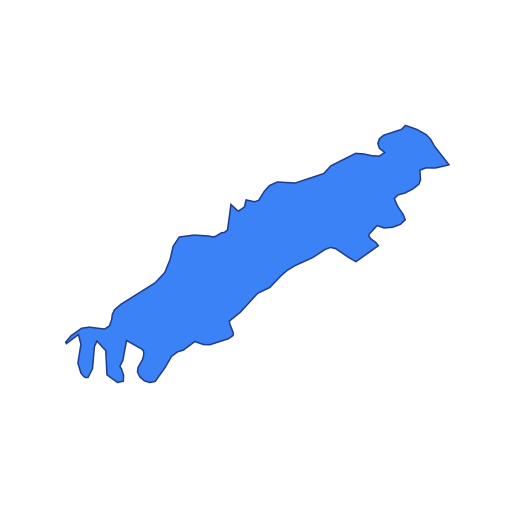 an SVG outline of Cremona, rotated 118°
{"feature_id": "ITA-5447", "entity_name": "Cremona", "entity_type": "Province", "adm_level": 1, "iso_a3": "ITA", "parent_name": "Italy", "parent_adm1": "", "projection": "natural_earth1", "projection_center": [10.091, 45.216], "detail": "fine", "context": "isolated", "style": "filled", "palette": "blue", "viewbox_px": 512, "rotation_deg": 118, "n_neighbors": 0, "source": "natural_earth", "source_scale": "10m", "svg_char_len": 2173}
<svg xmlns="http://www.w3.org/2000/svg" viewBox="0 0 512 512"><g transform="rotate(118 256 256)"><path d="M214.1,165.1L213.8,173.3L212.1,189.3L213.5,194.3L217.5,197.9L230.7,205.2L246.0,216.9L253.7,221.6L261.8,224.7L277.2,229.0L288.3,237.1L313.1,243.5L313.3,243.6L313.5,243.7L313.8,243.8L314.0,243.9L314.2,244.0L314.5,244.1L315.0,244.3L315.3,244.4L315.6,244.6L315.9,244.7L316.3,244.8L316.6,245.0L317.0,245.1L317.3,245.3L317.7,245.4L318.1,245.6L318.4,245.8L318.8,245.9L319.2,246.1L319.6,246.2L320.0,246.4L320.4,246.6L320.8,246.7L321.1,246.9L321.5,247.0L321.9,247.2L322.2,247.4L322.6,247.5L322.9,247.7L323.3,247.8L323.6,247.9L323.9,248.1L324.2,248.2L324.5,248.3L325.0,248.5L325.4,248.7L325.6,248.8L325.8,248.9L326.0,248.9L326.1,249.0L328.7,246.8L334.1,240.4L336.9,238.9L342.0,241.5L355.9,255.0L358.8,260.7L360.3,269.9L373.4,276.1L377.5,280.3L384.2,283.5L396.9,283.9L414.0,286.1L417.6,290.4L418.6,296.1L417.3,301.8L414.0,306.2L410.0,307.8L401.0,307.6L396.8,308.4L393.8,309.9L392.4,311.2L391.8,313.6L391.4,330.6L410.6,324.6L417.3,324.4L418.9,321.7L423.5,316.9L428.8,314.4L432.7,318.9L430.9,331.8L410.1,344.2L405.8,356.5L411.9,356.1L432.2,347.5L442.0,347.3L443.3,349.1L443.1,352.0L441.5,355.7L434.1,363.0L416.2,369.1L408.7,375.9L422.4,382.3L421.4,383.6L413.4,381.9L401.7,376.1L397.1,369.8L391.6,355.4L386.6,352.6L379.8,353.6L375.1,355.4L370.0,355.7L362.0,352.6L326.9,332.4L313.3,328.8L299.4,330.2L286.5,333.7L275.3,332.7L266.6,320.5L260.5,307.0L259.7,303.8L258.2,301.4L251.6,297.3L250.2,295.1L246.3,293.4L222.3,302.3L224.8,292.8L218.2,289.2L211.1,291.1L208.9,283.0L205.8,279.8L194.9,279.0L187.3,277.1L180.6,271.9L173.2,255.7L151.4,234.9L141.1,232.2L118.6,216.2L115.4,209.1L113.1,200.9L109.9,194.0L104.1,190.9L103.0,197.6L99.4,201.3L94.4,202.1L89.3,199.9L75.9,187.0L70.5,185.3L68.7,173.2L69.0,162.8L71.0,156.6L72.3,154.6L75.1,150.3L84.9,128.4L88.5,132.4L94.2,139.1L98.4,147.3L103.3,151.6L111.4,146.5L116.1,145.9L123.2,149.0L130.4,154.0L135.4,159.3L140.5,160.8L145.7,154.1L150.3,145.5L154.0,141.2L160.3,143.4L166.6,149.0L171.2,156.2L172.2,163.3L183.0,166.2L185.5,165.9L187.0,162.1L187.8,156.6L189.5,152.8L214.1,165.1Z" fill="#3b82f6" stroke="#1e3a8a" stroke-width="1.5"/></g></svg>